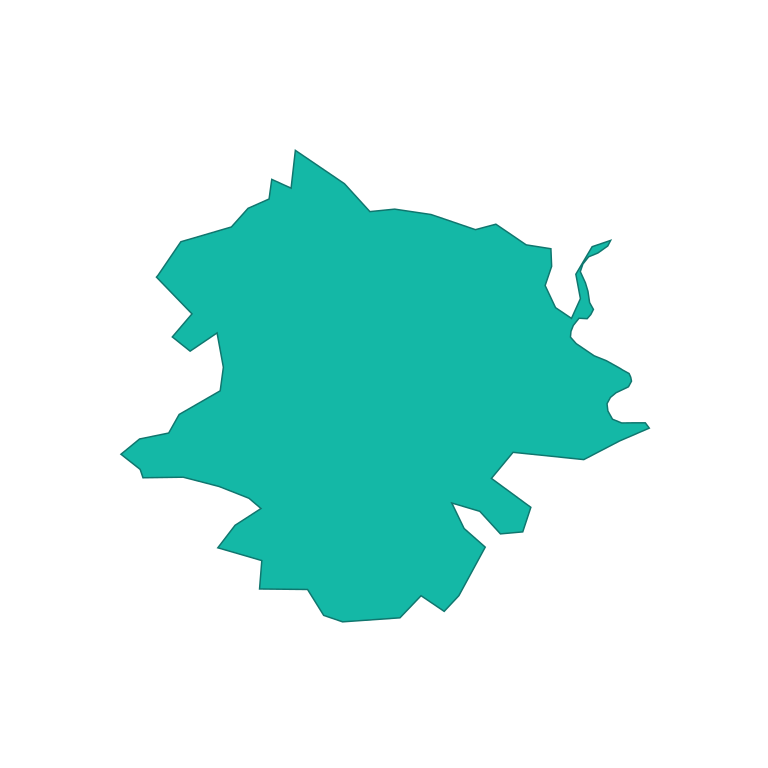 outline of Buka, Tashkent, Uzbekistan, rotated 211°
{"feature_id": "79887680B42380635367979", "entity_name": "Buka", "entity_type": "district", "adm_level": 2, "iso_a3": "UZB", "parent_name": "Uzbekistan", "parent_adm1": "Tashkent", "projection": "albers", "projection_center": [69.118, 40.699], "detail": "fine", "context": "isolated", "style": "filled", "palette": "teal", "viewbox_px": 768, "rotation_deg": 211, "n_neighbors": 0, "source": "geoboundaries", "source_scale": "gbopen_adm2", "svg_char_len": 1347}
<svg xmlns="http://www.w3.org/2000/svg" viewBox="0 0 768 768"><g transform="rotate(211 384 384)"><path d="M631.4,401.3L633.7,360.7L634.1,358.4L584.7,345.2L589.7,315.3L567.1,312.3L553.4,341.8L530.3,315.6L520.9,293.8L543.9,252.4L543.3,231.1L565.2,211.0L573.3,188.3L549.0,185.2L542.3,179.5L508.1,200.7L472.6,211.2L440.9,216.5L425.3,213.9L438.9,186.2L442.1,158.0L397.8,169.7L385.1,144.2L343.7,168.5L316.5,154.6L297.0,158.8L249.9,191.8L243.2,221.6L215.3,220.1L210.8,241.1L213.2,296.3L240.9,301.4L264.6,316.9L236.3,324.2L207.0,315.5L188.9,328.7L194.6,353.9L243.3,358.4L238.2,391.9L173.8,422.1L152.8,456.4L133.9,482.8L136.3,483.8L140.0,485.3L151.8,478.2L160.2,473.0L170.0,471.5L178.2,476.2L182.7,482.0L183.0,489.1L180.6,496.0L173.0,507.5L173.3,513.9L176.0,516.9L179.3,519.2L187.0,518.9L189.1,519.0L205.2,518.5L218.5,516.4L240.1,517.6L248.3,520.2L250.8,525.3L251.9,531.7L250.7,540.8L243.5,544.6L242.5,550.1L242.9,555.8L249.7,559.7L256.9,568.5L263.5,574.5L273.6,581.4L275.3,589.3L274.1,598.4L268.1,606.5L263.3,617.5L263.7,623.8L276.3,608.9L276.1,576.9L259.6,558.3L257.1,536.8L276.3,537.8L296.6,551.4L300.9,571.2L310.6,585.9L333.8,576.5L370.4,578.6L385.1,563.4L431.0,553.5L464.9,539.4L484.9,524.5L521.0,535.3L580.3,538.6L564.5,504.0L585.6,501.6L577.8,483.4L591.0,464.6L595.7,440.0L631.4,401.3Z" fill="#14b8a6" stroke="#0f766e" stroke-width="1.5"/></g></svg>